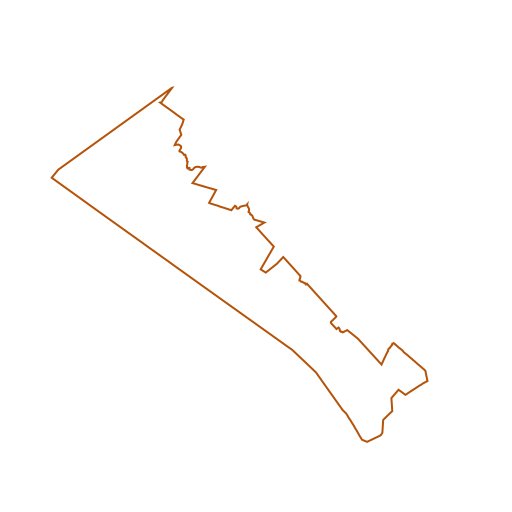 outline of San Miguel Chimalapa, Oaxaca, Mexico, rotated 215°
{"feature_id": "50627088B25043712446087", "entity_name": "San Miguel Chimalapa", "entity_type": "district", "adm_level": 2, "iso_a3": "MEX", "parent_name": "Mexico", "parent_adm1": "Oaxaca", "projection": "robinson", "projection_center": [-94.468, 16.624], "detail": "fine", "context": "isolated", "style": "outline", "palette": "amber", "viewbox_px": 512, "rotation_deg": 215, "n_neighbors": 0, "source": "geoboundaries", "source_scale": "gbopen_adm2", "svg_char_len": 5130}
<svg xmlns="http://www.w3.org/2000/svg" viewBox="0 0 512 512"><g transform="rotate(215 256 256)"><path d="M467.5,213.3L468.1,204.8L468.2,202.9L412.4,202.2L375.0,201.8L362.8,201.7L348.0,201.5L323.6,201.3L318.2,201.2L257.6,200.6L246.7,200.5L220.3,200.3L179.6,199.9L172.6,199.9L149.6,196.5L139.9,195.0L136.1,193.6L120.2,187.9L102.8,181.7L96.7,179.5L91.8,178.7L89.4,177.7L87.8,176.9L83.7,175.3L80.3,173.8L78.5,173.1L76.6,172.1L74.5,171.2L72.3,170.2L70.2,169.2L68.8,168.5L67.4,167.8L66.3,167.4L64.7,166.7L63.8,166.3L61.0,166.9L58.4,167.5L51.6,179.5L51.0,180.9L51.1,183.7L57.8,194.7L56.1,203.8L55.4,207.1L63.6,217.3L62.5,228.2L53.9,228.0L52.3,232.2L51.7,233.7L48.4,241.9L47.6,243.9L47.0,245.0L46.7,245.9L46.1,247.5L43.8,251.9L51.5,259.2L52.7,259.3L52.9,259.4L56.9,259.8L58.7,260.0L61.3,260.2L63.0,260.4L65.2,260.7L66.6,260.8L67.7,260.9L69.4,261.1L70.7,261.2L70.9,261.2L76.0,261.8L76.7,261.8L79.4,261.9L81.8,262.6L83.9,262.8L86.9,262.9L88.4,263.1L89.3,263.2L89.7,263.3L91.4,263.5L91.4,263.4L92.5,263.5L93.3,263.6L93.4,263.3L93.5,263.2L93.7,262.8L93.8,262.3L93.7,262.0L93.9,262.0L93.7,261.2L93.7,260.9L93.6,260.7L93.6,260.4L93.7,259.1L93.7,257.7L93.8,257.7L94.1,255.3L93.5,254.4L93.5,254.2L93.2,253.6L93.3,253.2L92.9,250.0L92.7,249.0L92.5,248.1L92.4,247.8L92.3,246.7L92.2,246.3L92.2,245.9L90.9,239.1L94.6,239.9L125.0,246.7L134.9,247.4L138.8,247.6L141.1,243.2L141.7,243.2L142.0,243.3L142.3,243.2L142.6,242.8L143.1,242.6L143.9,243.0L144.4,242.8L144.6,243.0L144.9,243.5L145.7,244.2L145.9,244.2L146.4,244.3L146.5,244.5L147.3,244.8L148.2,242.3L149.6,242.7L153.1,243.4L156.2,244.1L156.6,244.5L156.8,245.3L156.7,246.1L156.4,247.1L155.5,252.0L155.6,252.7L158.1,253.3L166.0,255.1L198.3,262.5L198.3,262.3L198.4,262.1L198.4,261.9L198.5,261.6L198.6,261.3L198.7,261.2L198.9,261.2L199.0,261.2L199.2,261.3L199.3,261.4L199.4,261.5L199.6,261.6L199.8,261.6L200.2,261.8L200.3,261.8L200.6,261.8L200.9,261.8L201.1,261.7L201.4,261.6L201.6,261.4L201.8,261.4L202.1,261.4L202.3,261.4L202.5,261.4L202.9,261.5L203.2,261.5L203.5,261.2L203.8,261.1L204.1,260.9L204.3,260.9L204.5,260.8L204.8,260.9L205.0,260.9L205.4,261.0L205.7,261.1L205.8,261.2L206.4,260.9L206.6,261.3L206.7,261.5L206.8,261.7L207.0,261.9L207.0,262.3L207.1,262.6L207.1,263.0L207.3,263.4L207.4,263.9L207.7,264.2L207.9,264.5L208.0,264.8L208.0,265.0L217.7,267.3L233.1,270.8L234.4,261.7L238.5,248.0L244.5,247.7L245.9,263.4L246.8,273.9L263.7,277.7L272.3,279.7L268.3,288.2L278.4,284.8L278.8,284.9L279.4,285.1L279.8,285.4L280.2,285.5L280.9,286.0L281.3,286.3L282.0,286.8L282.5,287.0L282.8,287.0L283.1,287.0L283.4,287.0L283.6,286.9L283.9,286.9L284.1,286.8L284.5,286.8L284.9,287.0L285.0,287.4L285.3,287.5L285.5,287.6L285.9,287.8L286.0,287.8L286.4,287.9L286.6,287.9L286.9,287.8L287.0,287.7L287.3,287.7L287.5,288.0L287.7,288.7L287.8,289.1L288.0,289.7L288.1,289.9L288.4,290.2L288.7,290.4L288.9,290.7L289.2,290.8L289.5,291.1L290.1,291.3L290.4,291.4L290.6,291.5L290.9,291.7L291.2,291.9L291.5,292.0L291.8,292.2L292.0,292.2L292.3,292.3L292.4,292.5L292.6,292.7L292.9,293.4L293.0,292.7L293.0,292.3L293.0,292.0L293.3,291.5L293.7,291.2L294.2,290.8L294.5,290.4L294.7,290.2L295.0,289.9L295.3,289.6L295.5,289.3L295.8,289.0L296.1,288.6L296.3,288.3L297.0,287.6L297.1,287.2L297.3,286.7L297.3,286.0L297.3,285.4L297.5,285.1L297.9,284.5L298.0,284.3L298.2,284.2L298.3,284.2L298.5,284.2L298.8,284.1L299.1,284.0L299.2,283.9L299.4,284.0L299.5,284.2L299.6,284.3L299.8,284.5L300.0,284.7L300.2,284.9L300.4,285.0L300.6,285.1L300.8,285.1L301.0,285.1L301.3,285.1L301.5,285.1L302.0,285.1L302.4,280.3L302.4,279.4L309.9,277.1L314.2,275.7L315.7,275.4L323.7,272.8L324.9,272.6L326.5,287.2L336.4,283.8L349.8,279.3L349.1,299.7L349.3,299.5L349.4,299.3L349.7,299.1L350.2,298.8L350.4,298.6L350.7,298.3L351.0,297.8L351.2,297.5L351.5,297.0L351.8,296.8L352.2,296.6L352.9,296.5L353.4,296.5L354.2,296.1L354.6,295.8L355.1,295.6L355.7,295.0L356.3,294.5L356.8,293.7L357.0,293.4L357.1,292.9L357.3,292.1L357.2,291.3L357.4,290.7L357.5,290.4L357.7,289.9L358.1,289.4L358.4,289.2L358.6,289.1L359.0,289.2L359.4,289.1L359.8,288.8L360.0,288.6L360.5,288.9L360.6,289.1L360.7,289.4L360.8,289.6L361.1,290.0L361.3,290.0L361.6,289.7L361.8,289.4L361.8,289.0L361.9,288.8L362.2,288.7L362.3,288.5L363.2,288.8L363.9,289.8L364.4,290.4L365.0,291.7L365.3,292.4L365.5,292.8L366.0,293.3L366.1,294.1L366.7,294.1L367.0,294.2L367.5,294.7L367.8,295.0L368.1,295.5L368.3,295.9L368.5,296.2L369.6,296.5L370.3,296.6L370.6,297.1L370.7,297.4L371.1,297.7L371.5,298.1L371.9,298.4L372.2,298.4L372.4,298.2L372.5,298.0L372.7,297.8L372.8,297.6L373.2,297.5L373.8,297.9L374.8,298.2L375.9,298.3L376.8,298.3L377.9,298.0L378.3,297.9L378.8,297.9L379.0,298.0L379.1,298.5L379.2,298.9L379.2,300.0L379.4,301.7L379.8,302.2L380.1,302.7L380.3,302.9L381.2,303.0L382.2,302.9L382.4,302.9L382.9,302.9L383.5,302.8L383.9,302.3L384.5,302.0L384.7,301.9L386.2,300.2L386.4,301.2L386.8,304.0L386.7,312.4L390.7,315.5L391.0,315.7L391.0,315.8L391.1,316.0L391.3,317.4L391.8,320.8L392.6,323.7L393.3,325.6L393.4,326.2L399.6,326.3L401.9,326.3L404.3,326.4L418.2,326.6L422.5,326.7L421.6,327.7L421.6,329.5L421.7,330.7L421.5,336.9L421.2,345.7L421.3,345.6L425.0,335.0L467.5,213.3Z" fill="none" stroke="#b45309" stroke-width="2"/></g></svg>